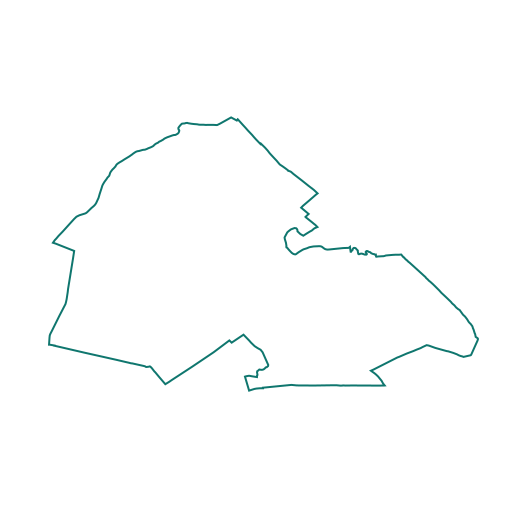 outline of Halchiu, Brasov, Romania, rotated 175°
{"feature_id": "2599482B28757811683034", "entity_name": "Halchiu", "entity_type": "district", "adm_level": 2, "iso_a3": "ROU", "parent_name": "Romania", "parent_adm1": "Brasov", "projection": "robinson", "projection_center": [25.516, 45.765], "detail": "fine", "context": "isolated", "style": "outline", "palette": "teal", "viewbox_px": 512, "rotation_deg": 175, "n_neighbors": 0, "source": "geoboundaries", "source_scale": "gbopen_adm2", "svg_char_len": 6047}
<svg xmlns="http://www.w3.org/2000/svg" viewBox="0 0 512 512"><g transform="rotate(175 256 256)"><path d="M317.8,394.3L318.4,394.2L319.8,393.0L320.9,391.9L321.7,391.0L322.2,390.3L322.2,389.4L322.1,388.9L322.0,388.5L321.7,388.3L321.6,388.1L321.5,387.6L321.7,386.9L322.2,385.8L322.7,385.2L323.3,384.7L324.6,384.1L325.5,383.7L326.4,383.6L327.2,383.7L329.2,383.3L330.6,382.9L334.1,382.0L336.3,381.2L336.8,381.0L337.2,380.8L338.2,380.1L341.0,378.8L342.3,378.4L342.7,378.2L343.2,377.8L343.6,377.5L345.7,376.7L346.5,376.3L348.0,375.2L348.5,374.7L349.4,374.2L351.5,373.4L354.0,372.7L355.5,372.1L357.4,371.6L357.9,371.6L359.3,371.6L359.9,371.5L363.4,370.8L365.1,370.7L366.5,370.3L367.9,369.6L369.8,368.5L370.8,367.8L371.9,367.2L373.4,366.3L378.5,363.8L381.5,362.2L383.5,361.3L385.4,360.3L386.6,359.5L387.1,359.0L387.7,358.3L388.2,357.4L388.5,357.2L390.1,355.7L391.4,354.7L392.8,353.2L393.7,352.1L394.1,351.4L394.8,349.7L395.2,348.8L395.9,348.1L397.1,347.1L397.9,346.0L400.4,343.2L401.8,341.3L402.9,339.6L404.2,336.4L406.3,331.5L407.8,327.6L410.6,322.7L411.7,321.3L413.0,320.1L414.1,319.3L415.1,318.6L415.7,318.2L419.6,315.0L420.2,314.5L421.2,313.8L421.8,313.5L422.7,313.2L428.3,312.0L431.4,310.8L434.0,308.7L439.2,303.9L446.4,297.2L451.0,293.2L453.5,290.7L455.0,289.4L457.1,286.9L454.5,285.8L436.7,276.9L438.5,269.5L446.1,239.5L446.7,236.5L448.4,229.5L449.3,226.6L450.0,224.7L457.0,213.7L465.8,199.3L467.7,196.3L468.4,194.8L468.8,192.8L469.9,185.7L469.1,185.6L464.6,184.4L464.7,184.2L458.5,182.2L435.2,174.6L403.7,164.6L394.6,161.6L391.8,160.7L389.6,159.9L389.0,159.9L377.3,156.2L376.2,155.8L375.6,155.3L375.1,155.0L373.7,155.0L372.2,155.1L371.4,155.3L370.8,154.9L369.5,153.3L367.2,149.7L366.7,149.2L366.2,148.5L362.8,143.6L357.5,136.2L353.5,138.2L350.5,139.9L329.0,151.4L306.6,163.8L289.9,174.2L287.8,171.8L275.3,178.7L270.1,172.3L268.5,170.1L265.2,166.3L262.4,164.1L259.6,162.2L257.8,159.5L253.3,146.4L253.6,145.3L255.0,144.3L255.9,144.2L256.2,144.0L256.8,143.4L257.5,142.9L257.9,142.6L259.0,142.2L259.8,142.1L260.3,142.1L261.0,142.2L262.4,142.6L262.6,142.6L264.5,141.2L264.8,141.1L265.1,140.1L264.9,137.4L265.1,137.1L265.4,136.7L265.6,135.3L270.8,136.6L272.9,137.2L273.6,137.3L275.6,137.1L276.0,137.1L277.5,136.8L274.6,122.5L269.2,123.7L267.1,123.9L263.9,123.9L260.6,123.6L260.6,124.2L242.5,124.4L231.9,124.5L226.5,123.5L209.5,121.9L191.6,120.6L186.9,120.2L183.2,119.5L181.5,119.4L180.6,119.5L177.9,119.1L170.9,118.6L162.6,117.8L158.8,117.5L147.6,116.4L139.8,115.8L139.1,115.8L140.0,117.1L140.7,118.3L141.8,120.8L144.2,124.3L144.7,125.1L146.6,127.3L147.8,128.5L148.8,129.4L150.6,130.9L151.5,131.7L148.9,132.6L124.0,142.6L122.4,143.0L114.3,145.7L107.5,147.6L104.2,148.7L100.7,149.7L99.5,150.1L98.2,150.7L93.8,152.3L91.7,151.7L90.8,151.3L85.4,148.8L74.2,144.6L72.9,144.3L68.0,142.3L64.3,140.5L62.8,139.5L61.0,138.6L59.0,137.9L58.1,137.4L50.9,138.4L50.3,138.8L42.7,152.4L42.2,153.7L42.1,154.0L42.4,154.8L44.2,156.3L44.5,159.1L44.9,160.1L45.7,163.9L46.2,165.1L46.3,166.0L46.7,167.4L47.2,168.1L47.5,168.7L48.0,169.5L49.2,170.9L49.9,171.9L50.7,173.5L51.1,174.4L52.3,176.3L53.0,177.4L54.9,179.5L55.5,180.5L57.4,183.7L57.7,184.3L59.4,185.6L60.3,186.5L61.2,187.4L61.8,188.3L62.7,189.6L64.1,191.0L65.0,192.0L65.6,193.0L66.0,193.5L66.5,194.1L69.9,198.0L74.5,203.1L76.5,205.8L82.1,212.4L84.6,215.1L86.1,216.5L86.8,217.5L88.5,219.3L88.9,220.1L103.8,236.2L104.6,236.8L105.1,237.5L105.5,237.8L105.7,238.3L107.0,239.4L107.2,239.8L107.7,240.2L108.1,240.9L108.7,241.7L109.0,241.7L109.3,242.0L109.5,242.5L109.8,242.7L109.9,242.9L110.1,243.1L110.5,243.8L111.2,244.8L113.3,244.8L116.9,245.1L119.7,245.2L126.5,245.2L127.7,244.9L128.9,244.7L131.1,244.8L134.2,244.9L136.2,244.8L136.4,244.9L136.5,245.7L136.5,247.0L136.8,247.0L137.3,247.0L137.7,247.1L138.0,247.5L138.3,247.6L139.0,247.7L139.8,248.1L140.6,248.5L141.0,248.7L141.4,249.3L141.6,249.5L142.1,249.9L142.9,250.1L143.3,250.3L143.9,250.8L144.4,251.1L145.0,251.3L145.3,251.3L145.9,251.0L146.4,250.4L146.1,249.6L145.7,249.2L145.4,248.3L145.5,248.1L145.7,247.9L146.2,247.7L146.5,247.8L147.3,247.9L147.8,248.0L148.9,248.6L149.6,248.8L150.1,249.1L151.0,249.2L151.5,249.2L153.1,248.8L153.4,248.8L153.7,249.0L153.9,249.2L154.0,249.6L154.0,250.1L154.0,250.6L154.2,251.3L154.2,251.7L154.1,252.2L154.1,252.5L154.4,253.0L155.0,253.6L155.2,253.8L155.8,254.8L156.3,255.2L156.8,255.4L157.2,255.5L157.9,255.5L158.4,255.2L158.8,254.7L159.1,254.2L159.4,253.6L159.5,253.2L160.5,252.7L160.9,252.2L161.3,251.2L161.6,256.9L162.4,256.3L163.4,256.0L166.2,256.2L168.6,256.3L183.3,256.1L184.5,256.2L185.6,256.5L186.6,256.9L187.4,257.5L189.5,259.4L190.4,259.9L191.5,260.2L192.6,260.3L197.9,260.5L201.2,260.2L202.4,260.0L204.5,259.3L208.1,258.5L209.5,257.9L212.1,256.6L213.3,256.0L215.9,254.4L216.4,254.2L216.9,254.2L217.9,254.5L218.6,254.8L220.1,256.0L221.8,258.1L223.0,259.7L224.2,261.5L224.9,261.9L225.0,262.5L224.8,263.4L225.0,266.5L225.3,267.9L225.8,270.2L225.9,271.5L225.9,272.0L225.6,272.5L222.8,276.8L221.5,277.8L219.0,279.4L218.1,279.7L215.2,280.5L213.5,280.1L213.0,279.5L212.5,278.4L212.5,276.9L212.3,276.7L209.9,274.0L207.1,272.1L203.9,273.8L201.9,274.8L199.9,275.8L198.4,276.4L197.6,276.9L196.3,277.9L195.1,278.6L192.3,279.5L194.1,281.7L195.6,283.1L197.3,284.8L199.1,286.5L201.4,288.7L203.0,290.2L203.3,290.6L200.8,292.6L199.9,293.3L206.8,300.2L204.7,302.0L203.7,302.7L198.5,306.4L191.2,311.7L189.2,313.0L192.7,316.9L197.2,321.0L203.7,327.2L211.5,334.4L213.8,336.8L214.8,337.4L216.5,338.1L216.5,338.4L218.9,340.6L221.7,343.0L224.1,344.9L224.7,345.6L227.2,349.2L229.5,352.1L232.3,355.7L233.5,357.3L235.2,360.0L237.6,363.2L241.3,367.5L241.6,367.0L242.0,367.4L242.4,367.9L245.8,372.1L247.9,374.9L249.3,376.9L253.2,381.8L255.1,384.4L257.8,387.9L259.3,389.9L262.1,393.6L262.3,393.8L263.3,392.6L268.7,396.2L280.3,391.0L283.1,389.9L284.1,389.9L285.9,390.2L287.7,390.4L289.1,390.5L293.4,390.9L294.3,390.9L297.2,391.4L299.9,391.6L301.3,391.8L303.0,392.3L305.3,392.7L306.0,392.8L308.9,393.4L312.0,394.2L312.6,394.5L313.6,394.6L314.1,394.6L314.7,394.5L315.4,394.3L316.5,394.3L317.8,394.3Z" fill="none" stroke="#0f766e" stroke-width="2"/></g></svg>